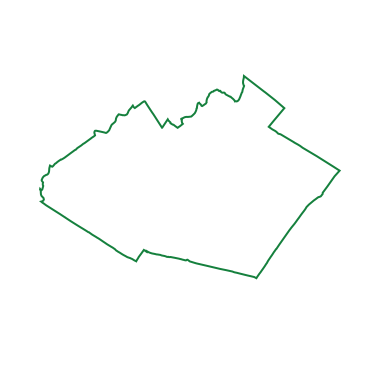 outline of Stefan Cel Mare, Arges, Romania, rotated 255°
{"feature_id": "2599482B99877909755934", "entity_name": "Stefan Cel Mare", "entity_type": "district", "adm_level": 2, "iso_a3": "ROU", "parent_name": "Romania", "parent_adm1": "Arges", "projection": "equal_earth", "projection_center": [25.249, 44.468], "detail": "fine", "context": "isolated", "style": "outline", "palette": "green", "viewbox_px": 384, "rotation_deg": 255, "n_neighbors": 0, "source": "geoboundaries", "source_scale": "gbopen_adm2", "svg_char_len": 5362}
<svg xmlns="http://www.w3.org/2000/svg" viewBox="0 0 384 384"><g transform="rotate(255 192 192)"><path d="M234.2,46.1L233.8,45.9L232.3,46.2L229.0,45.5L228.2,45.5L227.0,45.7L224.7,47.0L223.2,47.0L222.2,46.2L221.8,45.1L221.8,44.5L221.8,43.8L220.4,44.8L219.4,45.7L217.0,47.6L210.9,53.2L204.7,58.9L195.0,67.5L189.6,72.5L185.8,76.1L185.3,76.6L181.9,79.8L180.0,81.5L179.8,82.0L178.9,82.7L176.6,84.6L173.5,87.6L173.3,87.8L172.7,88.3L171.1,89.9L170.5,90.4L170.3,90.6L168.2,92.4L167.5,93.0L166.0,94.3L165.1,95.1L163.9,96.1L162.5,97.4L162.3,97.6L160.0,99.8L159.1,100.7L158.7,101.1L157.6,102.0L156.8,102.7L156.3,103.0L155.3,103.5L154.2,104.5L153.7,104.9L151.9,106.7L149.9,108.5L149.2,109.2L148.5,109.9L147.4,111.1L146.0,112.5L145.7,112.8L145.5,113.2L145.2,113.6L144.0,115.4L143.4,116.0L143.1,116.5L142.1,117.5L141.2,118.3L140.0,119.6L139.5,120.2L139.8,120.4L142.7,123.5L142.8,123.5L143.1,123.8L144.1,125.1L144.9,126.1L145.6,127.0L147.0,128.7L148.5,130.5L147.1,131.7L145.6,133.0L145.9,133.3L146.3,133.3L146.1,133.5L145.5,134.1L145.4,134.2L145.1,134.5L144.4,135.4L144.0,135.9L143.0,137.5L141.8,140.0L140.9,141.6L140.6,142.5L140.2,143.4L140.0,143.8L139.6,144.8L139.5,145.0L139.3,145.3L138.6,146.2L137.3,148.9L136.6,150.0L136.3,150.4L135.7,151.2L135.7,151.3L135.5,152.4L135.3,152.6L135.1,152.9L135.0,153.3L134.8,153.9L134.8,154.3L134.7,154.6L133.9,156.2L133.1,157.9L132.1,159.9L131.4,161.3L130.9,162.3L130.3,163.3L129.8,164.3L129.2,165.2L128.4,166.7L127.8,167.7L127.8,167.8L127.5,168.5L127.8,169.4L127.8,170.0L127.6,170.3L127.3,170.5L126.9,170.8L126.2,171.4L125.6,171.8L122.0,177.6L116.2,188.5L110.4,199.3L107.6,204.9L104.7,210.5L104.5,210.8L104.2,211.1L103.4,212.3L102.3,214.5L101.1,216.6L99.0,220.4L97.9,222.4L96.7,224.6L95.5,226.9L93.7,230.2L92.5,231.4L92.3,231.7L92.1,231.9L93.3,233.2L94.3,234.4L95.5,235.8L96.7,237.4L97.9,238.8L99.3,240.5L101.6,243.2L103.0,244.7L103.9,245.8L104.3,246.3L104.8,246.7L105.0,246.8L106.4,248.3L108.2,250.4L109.1,251.4L109.9,252.4L110.6,253.2L111.3,254.0L112.6,255.4L113.8,256.9L115.1,258.4L115.1,258.7L118.6,262.7L129.8,276.1L131.1,277.8L131.9,278.8L132.9,280.2L134.7,282.7L136.2,284.6L138.1,286.9L139.5,288.7L141.5,291.1L143.0,293.0L144.6,295.1L145.8,296.6L146.1,296.9L146.4,297.3L147.1,298.0L147.7,298.6L148.0,299.0L148.4,299.7L149.6,301.7L152.3,307.5L153.2,309.9L153.7,311.1L154.3,312.7L154.3,314.0L154.5,315.3L156.3,317.7L157.5,318.1L158.5,319.4L162.3,324.2L170.3,333.8L174.4,340.1L179.5,335.5L194.3,321.8L206.1,310.3L208.5,308.4L210.3,306.7L213.4,303.5L213.5,303.5L217.4,299.7L224.8,292.5L226.0,290.4L226.9,289.9L228.4,289.0L229.5,288.1L231.7,285.8L235.1,283.0L239.8,289.6L245.4,297.6L248.0,301.3L249.1,302.9L259.5,295.8L269.3,288.5L270.4,287.6L290.6,272.2L289.5,271.8L288.6,271.5L288.0,271.1L286.0,270.1L284.1,269.5L281.9,269.5L281.0,269.8L280.3,269.3L277.8,267.5L275.5,266.4L275.3,266.1L274.8,265.6L273.0,264.3L271.7,263.4L269.3,261.5L268.5,260.5L268.1,259.7L267.9,258.7L268.2,258.1L268.3,257.9L268.4,256.9L268.9,256.9L269.8,256.6L271.4,255.7L273.2,254.4L274.1,253.9L274.2,253.4L276.8,250.6L277.5,249.9L277.8,249.7L279.3,249.2L279.6,248.9L279.8,248.5L279.9,247.5L280.4,246.5L281.0,246.0L282.4,245.5L282.6,245.1L282.4,244.5L282.9,244.0L283.3,243.7L284.0,243.4L284.2,243.2L284.5,242.3L284.2,241.5L284.1,240.2L284.0,239.2L283.6,238.8L283.5,238.3L283.6,237.1L282.9,235.4L282.1,234.0L280.9,233.3L280.1,232.6L279.8,232.3L279.4,231.6L277.8,230.4L276.0,229.5L274.8,229.3L273.8,228.2L273.3,226.7L272.8,225.5L272.4,224.0L272.8,223.5L273.7,223.3L274.5,223.0L275.1,222.6L275.8,222.1L276.4,222.0L276.3,221.0L275.6,220.2L274.1,219.4L272.6,218.7L271.9,218.6L271.5,218.0L270.3,217.5L268.9,216.5L267.4,215.1L266.4,213.4L265.1,210.9L265.3,209.2L265.6,207.3L265.9,206.5L266.1,205.3L266.1,204.1L265.7,202.3L265.5,200.6L265.1,200.5L264.9,200.8L264.3,201.0L263.7,200.5L262.9,200.4L262.0,200.4L261.4,200.3L260.2,200.8L259.3,198.8L258.5,196.9L258.1,195.5L257.7,194.8L258.2,194.3L260.2,192.7L261.8,191.5L262.0,190.9L262.5,190.4L264.0,189.0L264.7,189.2L267.2,187.7L268.5,187.4L261.8,179.8L261.8,179.7L275.6,175.3L277.7,174.6L278.0,174.5L278.7,174.2L281.7,173.2L287.5,171.3L291.5,170.1L291.9,169.5L291.9,168.9L291.2,166.8L290.1,164.3L289.6,163.1L289.4,162.4L287.9,158.5L288.7,157.9L289.5,157.5L290.8,157.2L290.5,156.8L289.2,155.2L287.3,152.4L287.0,152.0L284.7,150.2L283.8,149.2L283.5,147.7L283.5,146.7L283.9,145.8L284.1,144.9L284.6,144.1L285.4,142.4L286.0,141.4L285.9,141.1L285.4,140.5L284.9,139.8L285.0,139.9L284.0,138.7L282.6,137.6L280.9,136.9L279.8,136.0L279.0,134.5L278.4,133.2L277.8,131.9L276.7,130.9L275.1,129.6L273.1,128.0L272.0,126.3L271.3,124.7L271.4,124.0L272.1,122.9L274.1,119.1L276.0,115.3L276.2,114.3L276.1,114.0L275.6,113.5L274.5,113.0L271.8,113.0L271.2,111.8L270.2,108.8L270.0,108.5L266.9,100.5L266.8,99.7L265.6,97.0L264.1,92.6L262.9,90.6L262.9,90.1L262.7,89.4L261.9,87.4L261.1,85.3L259.7,81.8L258.2,78.0L257.7,76.5L257.1,74.1L257.3,73.7L257.1,73.3L257.1,73.2L256.5,71.4L255.7,69.4L255.1,68.3L254.9,67.6L254.7,66.9L254.1,66.1L253.0,64.5L252.6,63.7L252.9,63.1L254.3,61.7L253.7,61.3L252.6,60.8L252.1,60.4L250.1,59.7L248.5,59.1L247.0,58.0L246.4,57.0L246.2,56.2L246.3,55.7L246.0,54.7L245.7,53.3L245.1,52.3L244.5,51.5L242.9,50.2L242.5,49.9L242.2,49.8L241.8,49.8L240.9,50.1L239.8,50.6L238.6,50.0L237.4,49.7L236.4,49.9L235.2,49.2L233.8,48.4L233.3,48.1L232.7,47.2L232.9,46.9L233.3,46.5L234.2,46.1Z" fill="none" stroke="#15803d" stroke-width="2"/></g></svg>